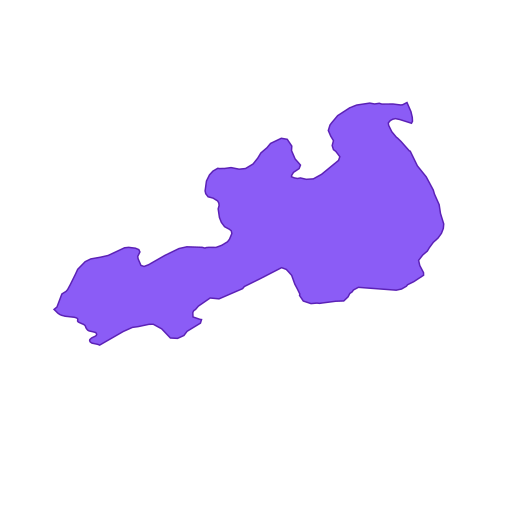 outline of San Raimundo, Guatemala, rotated 243°
{"feature_id": "79465075B35150348928705", "entity_name": "San Raimundo", "entity_type": "district", "adm_level": 2, "iso_a3": "GTM", "parent_name": "Guatemala", "parent_adm1": "", "projection": "equal_earth", "projection_center": [-90.553, 14.796], "detail": "fine", "context": "isolated", "style": "filled", "palette": "violet", "viewbox_px": 512, "rotation_deg": 243, "n_neighbors": 0, "source": "geoboundaries", "source_scale": "gbopen_adm2", "svg_char_len": 2867}
<svg xmlns="http://www.w3.org/2000/svg" viewBox="0 0 512 512"><g transform="rotate(243 256 256)"><path d="M349.6,265.0L350.6,262.9L351.5,261.8L351.2,256.2L349.4,251.4L345.3,245.9L337.1,240.2L334.3,239.5L330.5,240.2L327.1,244.0L322.5,246.8L320.1,246.9L317.8,246.1L315.2,243.7L306.9,240.9L301.7,240.4L296.4,241.3L291.9,244.4L289.8,245.4L287.0,244.7L283.0,240.0L281.6,237.1L281.1,230.3L281.8,224.3L285.1,218.0L286.1,215.5L286.2,214.1L288.1,212.1L295.6,198.5L297.6,190.8L297.9,175.1L297.0,156.3L297.5,151.5L299.9,149.2L307.1,149.7L309.3,150.4L312.3,154.4L314.9,154.5L317.7,152.1L321.5,146.5L323.0,142.6L323.6,124.5L325.5,117.0L328.4,107.5L328.5,101.2L325.1,91.1L321.7,86.8L314.7,77.4L311.6,72.9L310.7,70.7L310.3,65.8L300.9,55.5L300.1,51.8L298.1,52.5L296.9,52.9L295.9,53.2L294.8,53.6L293.0,54.6L292.2,55.2L291.2,56.1L289.9,57.6L289.2,58.3L288.5,59.3L287.8,60.4L283.9,66.3L282.3,68.0L281.1,68.6L280.2,68.3L279.1,67.5L278.1,67.6L277.0,68.3L275.9,69.2L274.5,70.3L273.4,71.3L271.8,72.1L270.6,72.1L269.3,71.9L268.1,72.0L267.1,72.2L266.1,72.5L265.0,73.3L262.5,76.3L260.6,78.4L259.5,78.6L258.4,78.4L257.7,77.6L257.5,76.3L257.6,74.1L257.6,72.3L257.0,70.0L256.0,69.3L254.6,69.3L252.8,70.3L252.1,71.2L249.6,74.3L248.8,75.2L247.6,76.2L249.0,103.5L248.5,113.5L246.6,118.9L243.7,129.7L241.8,133.5L233.9,138.9L221.8,142.5L218.2,148.7L217.9,155.7L220.2,160.4L221.4,176.0L224.1,178.6L225.0,177.3L230.3,172.2L234.3,174.0L235.6,175.8L235.8,177.8L237.5,181.9L239.4,196.1L234.6,203.6L233.0,229.2L234.1,231.8L233.9,249.1L234.0,273.5L230.3,276.9L227.2,277.8L222.6,279.0L213.2,277.8L207.9,277.9L202.2,277.8L201.1,276.9L194.4,277.7L188.6,283.4L186.4,288.9L184.9,291.2L184.2,293.3L179.5,306.5L176.1,313.8L177.8,319.5L180.0,322.5L180.4,325.4L181.5,327.4L181.6,333.0L175.4,343.2L161.9,365.4L160.5,370.7L160.8,376.3L161.6,378.0L161.5,384.9L162.8,396.6L165.1,397.7L173.2,397.6L178.3,398.9L181.2,405.0L182.6,410.9L184.7,414.2L187.7,420.2L189.3,426.2L192.0,431.5L195.5,435.4L199.3,437.8L210.2,439.7L218.6,442.5L230.1,443.1L234.3,443.9L249.2,443.6L263.1,440.7L279.4,441.0L280.2,440.3L292.2,437.2L296.9,435.6L298.0,435.0L305.1,433.4L312.2,433.5L314.5,434.3L315.7,437.1L315.8,439.9L315.1,442.6L312.3,446.1L303.7,454.8L305.0,456.6L308.6,458.2L314.3,459.6L324.2,460.2L324.2,455.3L324.8,453.6L329.2,447.1L334.2,437.1L336.1,435.2L337.6,430.7L340.6,426.8L344.8,414.2L345.5,406.8L344.0,392.5L340.2,383.6L339.1,381.4L335.0,377.4L328.9,377.0L323.6,377.4L319.8,374.0L315.6,373.3L313.0,374.6L306.4,375.8L303.7,372.9L299.0,351.5L298.7,342.1L301.5,335.6L305.4,331.0L306.2,328.2L308.2,325.6L310.5,323.6L311.7,324.4L313.5,327.4L314.3,334.1L316.8,336.9L324.8,334.9L333.8,335.5L337.7,337.8L345.8,336.8L349.4,332.0L349.7,320.1L347.5,315.0L345.6,307.1L342.4,302.0L339.3,295.1L338.7,286.4L341.0,280.4L345.1,275.2L346.1,273.9L348.3,267.6L349.1,266.1L349.6,265.0Z" fill="#8b5cf6" stroke="#5b21b6" stroke-width="1.5"/></g></svg>